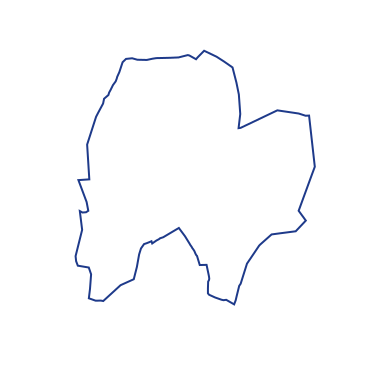 the district of Gwandu, Kebbi, Nigeria, rotated 21°
{"feature_id": "59680162B64610537243626", "entity_name": "Gwandu", "entity_type": "district", "adm_level": 2, "iso_a3": "NGA", "parent_name": "Nigeria", "parent_adm1": "Kebbi", "projection": "natural_earth1", "projection_center": [4.613, 12.485], "detail": "fine", "context": "isolated", "style": "outline", "palette": "blue", "viewbox_px": 384, "rotation_deg": 21, "n_neighbors": 0, "source": "geoboundaries", "source_scale": "gbopen_adm2", "svg_char_len": 1593}
<svg xmlns="http://www.w3.org/2000/svg" viewBox="0 0 384 384"><g transform="rotate(21 192 192)"><path d="M94.1,250.0L103.0,266.7L106.3,293.6L108.6,298.1L111.8,301.7L122.7,299.5L127.3,305.0L131.5,319.0L133.8,328.2L140.9,328.0L146.0,326.0L148.2,325.6L158.7,304.6L168.9,294.3L167.4,281.7L165.0,269.2L164.6,263.0L165.9,257.8L168.1,256.0L171.0,253.3L171.8,252.5L173.3,254.3L176.2,250.0L177.7,248.3L178.4,247.4L178.7,246.7L181.3,244.6L192.6,230.3L201.3,235.8L208.0,240.9L209.6,242.2L210.7,242.9L211.8,243.7L212.3,244.2L213.3,244.8L214.6,245.7L215.5,246.4L217.3,248.3L218.6,249.4L219.6,249.9L225.4,257.4L227.6,256.5L231.7,254.8L237.2,263.3L238.2,264.9L239.2,266.8L239.4,268.0L239.4,268.3L239.2,269.9L241.5,276.5L242.0,277.8L243.2,280.9L244.4,281.6L244.8,281.8L251.4,282.2L258.2,282.0L260.2,281.7L262.6,280.4L271.6,281.8L271.6,277.5L271.0,273.1L269.7,262.7L270.3,260.2L269.0,239.2L271.7,227.6L273.9,218.0L274.5,216.6L281.5,203.1L289.2,198.9L302.9,191.5L308.5,177.9L298.3,171.3L297.7,133.1L297.6,124.4L296.7,122.7L273.9,78.7L270.7,80.1L263.5,80.5L257.2,81.9L242.4,85.2L214.4,114.7L212.6,115.7L209.1,101.9L200.8,84.2L194.3,74.0L185.2,61.2L175.1,58.7L166.5,56.9L152.7,55.8L149.0,64.3L148.2,66.6L140.6,65.5L139.0,65.7L131.2,71.2L123.6,74.5L115.6,77.8L110.7,79.8L107.4,81.7L102.5,84.9L93.6,88.1L88.2,88.6L82.7,91.4L80.7,95.7L81.2,106.1L80.9,111.4L81.1,113.1L81.1,116.1L79.9,120.5L79.4,126.0L79.0,128.9L79.2,131.4L76.5,136.4L77.3,141.3L76.0,151.6L75.5,156.1L77.1,185.3L91.6,217.0L81.7,221.6L97.2,239.1L101.9,246.7L100.3,248.9L97.1,250.4L94.1,250.0Z" fill="none" stroke="#1e3a8a" stroke-width="2"/></g></svg>